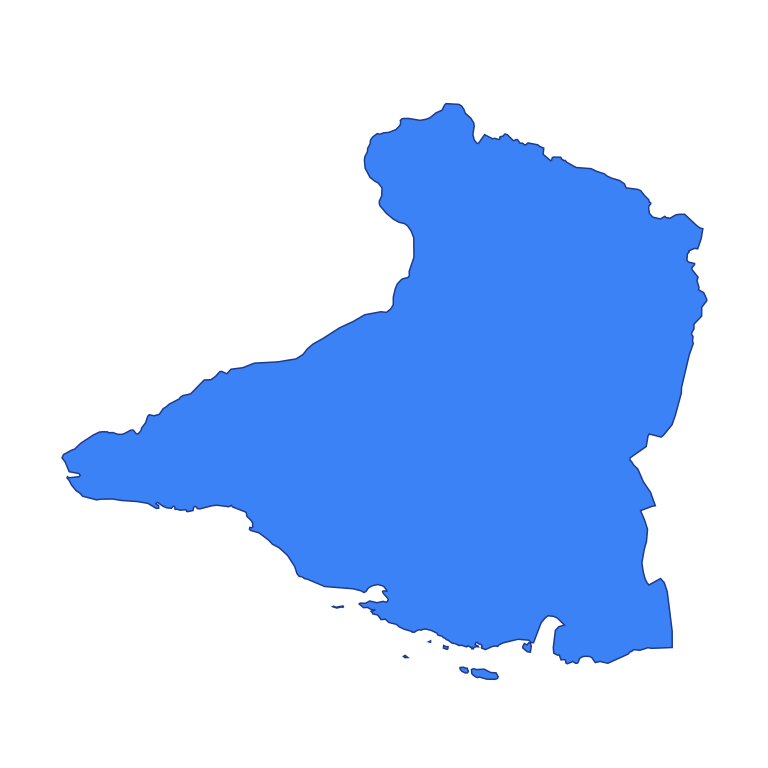 Morombe, Atsimo-Andrefana, Madagascar (Albers equal-area conic projection), rotated 275°
{"feature_id": "10022922B72547257848133", "entity_name": "Morombe", "entity_type": "district", "adm_level": 2, "iso_a3": "MDG", "parent_name": "Madagascar", "parent_adm1": "Atsimo-Andrefana", "projection": "albers", "projection_center": [43.782, -21.873], "detail": "fine", "context": "isolated", "style": "filled", "palette": "blue", "viewbox_px": 768, "rotation_deg": 275, "n_neighbors": 0, "source": "geoboundaries", "source_scale": "gbopen_adm2", "svg_char_len": 6155}
<svg xmlns="http://www.w3.org/2000/svg" viewBox="0 0 768 768"><g transform="rotate(275 384 384)"><path d="M648.0,377.3L645.6,377.8L643.3,377.5L638.5,373.8L635.1,367.0L634.2,361.9L632.4,357.9L632.9,355.5L629.2,351.3L625.8,349.3L622.0,349.2L617.4,347.2L613.7,347.2L609.0,345.2L605.6,344.9L597.3,346.4L588.6,352.1L585.2,357.2L583.7,360.7L579.2,364.9L571.2,365.3L565.9,363.4L563.1,363.6L561.2,364.5L554.4,371.3L548.9,379.1L546.4,385.0L545.6,390.4L543.7,393.6L538.8,397.7L532.3,400.9L512.9,402.8L498.5,399.3L493.7,399.8L491.9,398.1L490.6,393.8L489.5,392.2L484.8,388.5L480.1,387.0L471.6,385.7L463.8,386.3L459.6,384.4L455.6,380.3L455.7,374.6L451.3,358.8L443.3,347.4L436.3,335.1L424.0,319.2L417.6,309.8L412.2,304.5L406.4,300.8L401.3,294.1L396.7,275.9L393.5,253.1L387.9,241.8L385.4,230.3L380.5,226.5L382.4,221.3L382.1,219.5L376.8,215.4L373.2,211.2L372.3,204.5L357.3,192.2L354.9,184.6L353.1,182.3L351.3,181.3L345.4,172.0L341.7,168.4L340.3,166.2L334.2,162.8L332.3,157.7L332.9,152.8L331.2,151.4L324.6,149.9L319.3,146.5L316.1,145.8L312.9,143.4L313.0,141.3L316.2,138.3L316.1,136.0L312.0,129.7L310.9,127.0L310.7,123.3L312.0,117.9L311.4,113.6L312.2,113.0L312.0,108.5L311.3,104.6L307.8,98.8L298.8,87.3L292.2,81.5L290.8,78.4L285.8,70.9L282.4,69.7L278.2,73.4L269.2,78.0L268.2,87.8L266.6,89.4L265.1,88.2L263.4,79.9L263.4,77.5L264.0,76.7L262.9,76.4L260.3,78.9L256.1,81.5L250.8,86.7L248.8,90.5L245.9,93.6L243.5,107.8L244.6,111.9L245.8,124.0L245.1,132.1L245.4,148.4L244.5,159.2L240.2,168.1L240.7,170.4L243.4,170.0L244.1,167.8L245.1,167.1L246.3,168.9L243.0,174.4L241.7,178.6L241.7,183.1L243.6,184.3L243.9,185.4L243.0,186.3L240.9,186.8L241.2,188.9L240.5,191.8L241.4,197.1L241.1,198.3L239.9,198.5L239.7,199.4L241.3,204.8L244.6,205.1L245.4,205.9L245.5,207.1L243.6,209.0L243.6,211.6L247.7,223.2L248.7,228.1L248.2,240.1L249.7,242.5L248.3,243.9L244.4,257.3L243.6,258.1L240.2,258.9L236.6,263.4L233.9,265.3L229.8,265.6L229.3,265.0L229.4,262.8L227.6,262.6L226.5,263.9L224.8,272.5L218.4,282.7L214.6,286.9L211.8,293.7L204.8,302.9L194.3,311.0L187.4,313.9L184.9,316.4L184.9,319.0L183.2,321.8L182.9,324.5L177.1,342.6L177.3,371.1L175.9,379.5L174.5,382.2L175.8,384.2L179.6,386.3L182.0,389.9L183.7,395.3L182.8,400.3L181.7,402.1L179.0,404.5L177.8,404.8L177.9,401.7L177.3,400.7L175.3,401.6L170.6,406.5L169.7,407.0L167.7,406.4L166.8,405.0L167.4,402.1L165.5,396.0L166.6,388.6L164.0,384.8L163.6,379.3L162.7,378.4L159.4,383.1L160.0,386.9L158.0,391.5L158.4,394.4L157.8,394.3L156.4,390.9L154.6,392.8L154.1,392.7L153.3,397.9L149.0,401.6L149.8,406.0L146.9,409.5L145.6,417.5L143.5,420.1L141.5,425.4L139.9,433.4L139.3,433.5L139.3,435.8L141.4,438.5L142.3,440.6L142.0,442.3L143.2,444.9L143.5,447.4L142.6,452.6L140.5,458.3L138.4,459.9L137.9,463.9L136.5,465.2L136.2,466.7L134.6,468.7L134.5,470.0L131.9,474.1L131.4,478.2L130.0,481.3L130.5,484.0L129.3,489.2L130.5,490.6L128.8,494.1L129.2,494.5L127.8,494.6L127.9,496.0L129.1,496.5L130.4,498.6L130.4,501.0L131.2,500.5L132.2,497.4L134.0,497.8L134.8,499.0L133.2,501.5L133.1,503.3L131.3,504.7L130.2,504.0L129.4,504.3L128.3,508.2L131.9,514.7L132.7,517.3L132.5,520.2L133.8,520.8L136.5,525.2L141.4,539.8L141.4,550.6L139.1,553.6L139.3,555.5L159.7,561.3L164.7,564.7L167.4,567.6L167.3,573.3L166.0,577.0L159.6,584.8L157.4,579.2L153.5,576.2L136.1,575.6L130.6,576.6L129.0,580.6L129.3,582.2L124.6,584.4L125.2,588.0L124.7,588.9L122.0,589.5L121.3,591.0L124.0,596.3L122.5,599.1L122.6,600.7L123.4,601.5L127.9,603.0L129.7,605.7L130.3,608.2L130.5,612.7L129.5,614.9L124.9,618.8L126.4,623.4L125.3,631.3L136.2,650.7L138.5,652.3L139.1,653.9L141.1,655.9L141.1,662.2L144.3,669.9L144.0,673.6L146.6,694.1L162.9,692.6L185.9,687.7L202.0,684.2L210.5,680.5L214.3,676.4L206.9,665.4L209.0,663.3L212.9,661.0L219.8,658.5L228.3,656.5L241.3,657.6L250.1,659.2L262.2,659.2L271.7,655.2L280.2,650.6L285.6,661.8L286.4,664.9L299.2,659.0L309.2,650.9L321.4,644.3L325.1,639.7L328.5,637.2L329.5,635.7L331.8,635.5L344.6,650.7L355.0,651.5L357.3,652.5L355.3,664.7L357.2,666.8L368.5,674.5L378.5,677.0L400.9,681.0L406.4,680.7L439.9,685.6L451.3,688.6L453.4,687.6L458.4,687.7L459.7,686.4L461.5,685.9L466.0,688.0L470.5,687.5L479.3,694.5L488.1,693.8L495.0,698.3L496.7,698.0L502.8,694.6L505.3,689.2L508.0,689.3L514.1,686.8L517.8,687.5L524.9,680.8L526.3,680.5L530.1,683.0L531.1,682.9L532.0,676.7L533.7,675.0L540.0,674.9L542.3,676.5L543.1,675.9L546.2,681.6L546.0,684.7L556.5,687.3L566.5,688.1L566.9,685.4L568.9,681.9L579.3,668.7L578.7,662.7L577.7,659.6L573.8,654.1L574.4,652.5L574.1,651.1L575.5,649.1L572.5,645.0L573.7,637.1L576.9,633.7L582.6,632.2L584.6,632.6L586.7,634.0L587.8,633.8L588.3,632.5L590.7,631.6L594.8,626.7L598.9,623.0L600.0,619.8L600.5,608.1L604.3,606.1L607.3,600.9L608.9,592.9L610.6,588.1L612.7,584.9L614.2,577.9L616.6,571.5L616.4,556.5L620.9,546.6L622.5,545.1L622.2,543.2L623.2,542.5L623.4,541.4L625.3,540.3L624.8,532.9L623.8,531.8L621.6,531.5L620.9,530.7L626.7,522.5L632.9,522.6L634.2,518.5L635.7,516.3L636.7,506.5L634.7,504.5L634.5,503.0L636.0,501.1L635.7,498.6L639.1,495.7L639.0,494.1L637.7,492.4L637.9,491.4L643.0,485.3L643.6,483.2L643.3,482.2L641.6,481.4L640.3,478.0L638.0,478.0L637.6,476.8L638.4,473.0L637.8,470.6L641.2,462.5L632.4,457.4L631.8,456.5L632.0,455.5L634.9,452.7L640.3,450.8L648.8,451.4L651.8,450.7L656.3,447.4L660.9,441.3L664.6,439.6L667.6,437.2L669.1,434.3L668.7,421.3L666.9,419.9L661.9,418.0L658.6,412.1L653.2,406.5L651.4,402.8L649.8,397.0L650.7,385.2L650.2,380.5L649.8,378.8L648.0,377.3ZM102.3,523.3L106.0,520.8L105.9,515.4L108.7,508.5L107.6,501.3L108.2,498.1L107.2,496.0L103.2,496.7L102.1,497.7L100.2,500.8L99.7,503.0L100.4,504.6L98.9,512.1L99.5,520.4L100.5,522.7L102.3,523.3ZM136.0,553.6L138.5,552.2L139.0,550.9L136.6,549.3L137.7,546.4L134.4,545.1L133.1,545.3L129.8,550.1L129.6,553.2L136.0,553.6ZM105.3,493.1L108.3,491.4L107.9,490.1L108.8,488.1L108.2,484.4L106.7,484.6L104.5,486.7L103.2,490.4L103.6,492.5L105.3,493.1ZM128.7,466.2L126.1,466.2L125.1,469.9L125.8,470.7L128.0,470.7L127.8,468.6L128.7,466.2ZM159.3,362.5L157.4,355.5L158.3,353.2L157.7,352.3L156.7,356.6L158.2,361.0L157.9,362.5L158.7,363.0L159.3,362.5ZM113.6,431.6L115.5,428.7L114.3,427.1L113.2,428.8L113.6,431.6ZM130.8,452.9L132.2,452.8L131.1,451.0L130.8,452.9Z" fill="#3b82f6" stroke="#1e3a8a" stroke-width="1.5"/></g></svg>